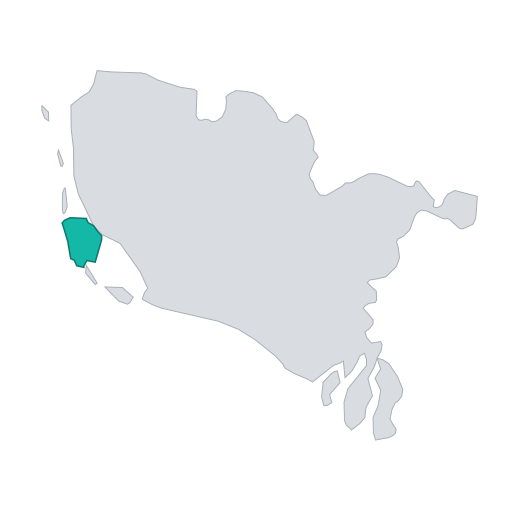 Terschelling, Netherlands (highlighted), rotated 272°
{"feature_id": "6326949B18188251014258", "entity_name": "Terschelling", "entity_type": "district", "adm_level": 2, "iso_a3": "NLD", "parent_name": "Netherlands", "parent_adm1": "", "projection": "mercator", "projection_center": [5.382, 53.344], "detail": "fine", "context": "in_parent", "style": "filled", "palette": "teal", "viewbox_px": 512, "rotation_deg": 272, "n_neighbors": 0, "source": "geoboundaries", "source_scale": "gbopen_adm2", "svg_char_len": 3513}
<svg xmlns="http://www.w3.org/2000/svg" viewBox="0 0 512 512"><g transform="rotate(272 256 256)"><path d="M323.3,475.1L313.8,474.8L304.9,474.5L300.2,473.8L295.2,471.6L292.9,466.9L290.2,461.4L290.9,458.0L299.2,448.3L300.5,445.6L299.6,444.1L300.5,439.9L306.9,425.4L307.7,419.5L304.8,415.4L300.7,413.0L287.3,408.7L280.9,402.6L278.0,397.3L275.0,395.8L270.6,397.6L259.5,399.5L250.4,396.7L239.8,386.6L237.3,377.5L236.0,370.6L233.3,368.2L229.7,371.8L225.2,377.4L216.2,378.1L213.7,376.8L213.2,373.6L212.7,370.7L210.3,367.0L207.6,364.9L196.2,375.3L192.0,375.3L186.7,371.3L184.0,367.4L178.2,369.6L173.0,374.4L174.8,383.5L171.9,385.1L165.5,384.3L158.1,380.6L150.0,378.3L137.6,372.1L120.4,377.2L108.4,371.1L98.4,370.5L92.2,365.6L85.5,357.5L90.3,352.1L94.9,350.2L113.1,349.1L126.4,352.4L150.2,370.2L156.2,370.1L162.6,367.8L159.4,363.0L153.4,360.7L144.5,355.9L137.5,349.2L154.1,347.0L151.8,343.5L149.6,337.6L132.1,316.8L135.0,311.2L139.5,299.1L144.9,289.0L149.3,286.3L156.5,279.2L172.2,258.2L182.1,241.0L189.5,220.6L200.4,164.1L203.6,154.5L208.8,143.8L215.4,145.8L220.0,148.9L236.2,140.8L263.9,119.7L272.1,101.4L280.1,92.8L312.0,76.2L329.7,71.2L356.8,69.9L376.5,66.9L400.1,65.8L409.1,76.1L414.3,83.7L422.7,87.8L435.7,90.7L434.9,105.5L435.0,134.7L434.0,139.9L428.2,152.2L422.0,174.2L420.4,188.6L418.5,191.3L393.8,191.2L390.2,193.7L389.7,196.8L391.0,200.5L390.4,204.2L388.5,207.2L389.5,211.9L393.8,217.3L401.6,220.7L410.0,221.0L414.3,220.4L417.4,224.2L420.6,230.2L420.3,237.6L419.1,247.6L415.1,256.9L403.7,267.5L398.6,271.2L393.8,273.1L391.5,275.9L390.5,279.5L390.7,282.6L398.8,291.1L398.6,293.1L396.3,297.5L393.1,301.6L372.2,310.2L363.6,309.6L358.6,313.9L357.1,314.7L351.6,310.7L339.4,306.2L334.8,307.8L332.2,310.2L324.6,313.3L319.1,318.0L319.0,324.1L328.8,339.8L332.2,342.9L332.4,348.7L337.1,356.0L341.9,365.2L342.4,371.1L341.9,377.0L339.4,385.3L330.9,404.8L330.8,408.6L331.6,411.4L334.4,412.2L336.6,413.7L336.0,416.3L320.2,429.8L318.2,432.1L311.6,431.5L310.5,433.7L311.4,437.4L314.0,440.5L319.7,442.2L324.5,445.6L328.4,452.3L323.3,475.1ZM158.1,380.6L156.8,386.2L153.1,392.5L140.8,401.4L127.9,407.3L121.2,406.6L116.6,403.5L114.2,400.3L107.3,397.2L97.8,395.6L91.9,399.0L87.7,402.1L84.0,401.6L81.2,399.0L79.1,394.8L76.3,381.9L83.4,379.5L98.7,378.6L110.5,383.2L126.1,385.4L138.0,379.2L147.4,384.5L158.1,380.6ZM132.3,327.5L141.4,335.8L143.3,338.4L144.0,341.2L132.4,344.5L120.1,334.4L112.0,336.8L108.9,332.0L108.9,329.0L117.3,326.5L132.3,327.5ZM219.8,123.7L210.5,134.7L204.9,131.6L203.3,129.1L206.1,120.5L219.8,106.1L219.8,123.7ZM260.9,74.5L252.2,75.8L248.2,73.6L269.2,67.4L282.5,65.5L284.9,66.3L260.9,74.5ZM317.2,63.1L298.8,65.6L292.6,63.7L291.6,61.9L296.6,60.8L312.3,60.5L317.1,62.1L317.2,63.1ZM240.6,86.7L223.3,98.2L221.8,96.3L233.0,86.3L240.6,86.7ZM392.5,43.6L383.8,44.1L386.3,40.0L394.3,36.9L398.7,36.9L392.5,43.6ZM355.0,54.9L341.9,60.2L338.7,59.1L339.5,57.6L351.0,54.2L355.0,54.9Z" fill="#d9dde1" stroke="#a8b0b8" stroke-width="1"/><path d="M282.1,61.1L278.6,62.4L276.4,63.2L272.2,64.6L268.0,66.0L263.8,67.4L262.5,67.7L260.9,68.0L254.0,69.4L246.9,70.9L245.5,74.5L244.3,75.1L239.9,77.3L239.2,81.1L238.6,84.3L240.0,84.3L242.1,85.4L242.8,85.7L245.6,87.1L245.1,89.9L244.7,92.5L244.2,95.5L247.7,96.4L251.2,97.3L255.4,98.3L259.6,99.4L263.1,100.2L266.6,101.1L270.8,101.1L272.9,99.0L275.0,96.9L277.8,94.8L278.6,94.2L280.6,92.7L282.0,89.9L283.4,87.1L284.8,86.4L286.2,85.7L287.6,85.0L287.6,81.0L287.7,76.9L287.7,72.9L287.7,68.8L286.8,67.1L286.7,66.8L284.9,63.2L282.1,61.1Z" fill="#14b8a6" stroke="#0f766e" stroke-width="1.5"/></g></svg>